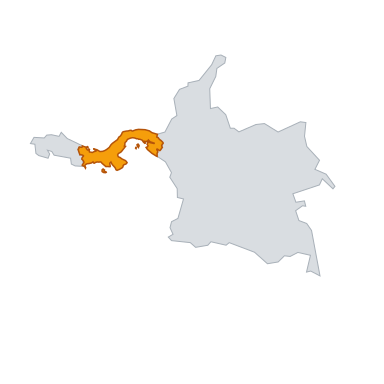 Panama highlighted, Mercator projection, rotated 341°
{"feature_id": "PAN", "entity_name": "Panama", "entity_type": "country or territory", "adm_level": 0, "iso_a3": "PAN", "parent_name": "North America", "parent_adm1": "", "projection": "mercator", "projection_center": [-80.239, 8.409], "detail": "fine", "context": "with_neighbors", "style": "filled", "palette": "amber", "viewbox_px": 384, "rotation_deg": 341, "n_neighbors": 2, "source": "natural_earth", "source_scale": "50m", "svg_char_len": 4457}
<svg xmlns="http://www.w3.org/2000/svg" viewBox="0 0 384 384"><g transform="rotate(341 192 192)"><path d="M329.0,233.2L326.3,234.9L319.5,221.9L314.8,226.8L286.8,226.5L286.9,235.5L295.4,237.0L294.9,242.5L292.0,241.0L283.9,243.4L283.8,253.8L290.2,259.1L292.5,267.3L285.7,313.0L278.5,305.4L274.2,305.0L283.4,290.4L272.4,283.6L263.8,284.9L258.6,282.4L250.7,286.2L240.0,284.4L231.5,269.3L210.7,252.0L206.9,253.4L193.7,245.2L189.6,247.5L177.4,245.5L173.9,239.3L156.8,231.3L154.9,226.9L160.3,225.8L159.6,218.6L163.0,213.4L170.1,212.4L181.7,195.8L176.4,192.4L179.1,184.0L175.8,170.8L178.9,167.0L176.7,154.8L170.8,147.1L172.7,140.0L177.3,141.1L180.0,136.7L176.7,128.2L178.4,126.1L185.9,126.5L196.6,116.4L202.6,114.8L205.3,97.7L213.6,90.9L222.6,90.6L223.8,87.5L235.0,88.8L252.0,78.1L258.9,71.0L264.0,71.9L267.8,75.8L265.0,80.7L255.8,83.2L252.1,90.5L242.4,100.1L236.6,119.1L244.0,120.0L249.1,129.9L249.0,144.2L252.5,145.4L255.9,150.4L274.4,149.0L282.8,150.9L292.9,163.3L317.3,160.9L322.3,163.4L316.5,176.0L315.4,186.4L322.9,203.5L315.6,210.6L324.6,218.8L329.0,233.2Z" fill="#d9dde1" stroke="#a8b0b8" stroke-width="1"/><path d="M103.8,113.0L98.2,114.3L98.3,120.2L101.3,122.4L99.1,124.1L97.8,132.5L90.0,129.3L87.0,126.3L88.2,120.5L73.6,112.3L72.6,108.0L68.9,105.4L69.8,109.7L66.9,113.2L59.0,107.7L57.0,104.7L59.0,95.7L55.0,93.6L60.4,88.9L69.9,92.8L73.2,90.9L77.8,92.1L84.4,96.1L87.8,93.0L91.5,100.9L103.8,113.0Z" fill="#d9dde1" stroke="#a8b0b8" stroke-width="1"/><path d="M178.1,126.2L177.9,126.4L177.1,127.6L176.6,128.6L177.7,129.6L178.0,130.7L178.5,131.9L179.4,133.1L180.5,135.3L180.7,136.2L180.4,136.8L179.4,137.1L178.5,138.2L178.3,139.5L178.5,140.1L175.8,142.1L175.1,142.4L174.6,142.1L174.0,141.1L173.4,140.3L173.0,140.0L172.8,140.0L172.6,140.2L172.5,140.6L172.8,142.5L172.5,143.3L171.6,143.9L170.6,147.0L170.1,146.6L166.7,142.4L163.7,137.3L163.1,134.9L163.8,134.8L164.6,134.8L165.0,134.5L165.5,133.8L165.1,132.2L166.5,131.0L167.1,130.2L167.5,130.3L168.4,131.7L169.8,132.5L171.5,133.6L172.6,133.9L171.2,132.7L169.0,131.1L168.3,130.0L167.7,128.6L166.8,129.2L166.4,129.7L165.9,130.0L165.5,129.7L165.4,129.2L164.1,129.1L163.8,128.7L163.4,128.5L163.6,129.4L163.8,129.9L163.7,130.6L163.2,130.6L162.9,130.0L162.4,129.3L161.7,126.7L160.2,125.4L159.5,125.0L158.9,124.9L158.1,124.0L156.9,123.6L155.4,122.3L153.5,121.3L151.2,121.0L148.4,121.2L147.5,121.7L146.8,122.4L146.5,122.7L144.9,123.4L144.2,124.5L143.9,125.5L143.0,126.5L144.0,127.2L138.6,130.7L137.5,131.2L135.1,131.6L134.5,132.0L133.8,132.7L133.7,133.8L133.8,134.7L134.5,135.4L135.1,135.8L136.6,138.0L139.3,140.6L139.8,141.6L140.2,143.1L139.4,143.7L138.8,144.0L136.3,144.1L135.4,144.7L135.0,145.6L134.1,146.3L130.8,147.0L128.2,147.1L127.4,146.3L127.2,144.0L125.5,140.0L125.1,137.3L124.7,137.6L123.7,137.9L123.4,138.6L123.2,140.6L122.9,141.3L122.2,141.2L120.7,140.5L118.8,139.9L116.3,135.6L116.0,134.8L115.5,133.8L113.6,133.4L112.0,132.7L110.2,132.6L109.3,133.0L108.4,132.5L108.2,131.3L106.4,131.8L104.0,131.6L101.9,131.1L100.4,131.4L99.2,132.2L99.4,134.4L99.0,134.8L98.9,133.9L98.5,132.9L98.0,132.1L96.9,131.2L96.9,130.9L97.3,130.5L99.2,129.2L99.5,128.7L99.5,127.6L99.3,126.6L98.5,125.1L99.0,124.1L100.0,123.3L101.0,122.8L101.2,122.5L101.0,122.0L100.4,121.4L99.0,120.5L98.1,120.4L98.1,117.7L98.1,114.7L98.3,114.4L98.9,114.3L99.3,113.8L99.5,113.0L100.1,112.7L101.2,113.3L102.4,113.9L102.8,113.7L103.2,113.4L103.5,113.1L103.5,112.9L104.4,113.7L106.3,115.0L106.4,115.7L106.2,116.4L106.8,118.2L107.7,118.5L108.7,118.1L108.9,118.5L108.7,118.8L108.2,119.2L108.1,120.8L109.7,121.6L110.5,122.2L113.2,121.9L114.1,122.1L114.8,121.9L114.1,120.6L113.1,119.7L113.2,119.2L113.9,119.5L114.5,120.2L115.8,121.0L118.2,123.8L120.9,124.5L123.1,124.4L125.1,124.0L128.3,122.9L130.7,121.0L132.5,120.1L138.6,118.2L140.7,116.3L141.6,116.0L142.5,115.8L144.4,114.3L145.4,113.1L146.5,112.6L149.6,113.0L151.7,113.5L153.1,113.5L154.5,113.8L155.1,114.7L155.7,115.0L159.1,114.9L161.9,115.4L167.9,117.8L171.6,120.3L173.5,122.9L178.1,126.2ZM117.3,145.5L116.5,145.6L114.9,144.9L113.8,143.7L113.7,143.3L113.7,143.0L114.3,141.7L115.2,141.3L115.5,141.3L116.4,142.7L115.8,143.3L116.0,144.1L117.2,144.8L117.3,145.5ZM156.2,131.8L155.9,132.4L155.3,131.1L155.4,130.7L155.3,129.5L156.0,129.2L156.4,129.1L156.8,129.3L157.1,130.8L156.9,131.4L156.2,131.8ZM108.3,115.7L108.1,116.4L107.0,115.2L107.7,115.0L107.9,115.0L108.3,115.7ZM153.8,132.1L153.2,132.8L152.9,132.2L153.4,131.5L153.5,131.5L153.8,132.1Z" fill="#f59e0b" stroke="#b45309" stroke-width="1.5"/></g></svg>